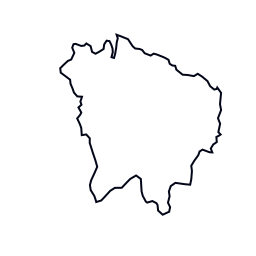 Souni Zanakia, Limassol, Cyprus, rotated 25°
{"feature_id": "46923920B21647228964457", "entity_name": "Souni Zanakia", "entity_type": "district", "adm_level": 2, "iso_a3": "CYP", "parent_name": "Cyprus", "parent_adm1": "Limassol", "projection": "mercator", "projection_center": [32.882, 34.731], "detail": "fine", "context": "isolated", "style": "outline", "palette": "ink", "viewbox_px": 256, "rotation_deg": 25, "n_neighbors": 0, "source": "geoboundaries", "source_scale": "gbopen_adm2", "svg_char_len": 1704}
<svg xmlns="http://www.w3.org/2000/svg" viewBox="0 0 256 256"><g transform="rotate(25 128 128)"><path d="M130.5,208.5L134.4,205.0L136.2,199.6L138.4,192.5L141.4,187.8L147.6,184.8L150.0,177.6L151.6,173.1L155.4,167.6L161.2,168.8L167.1,179.7L170.1,183.3L175.2,187.1L176.9,187.5L181.0,183.9L185.5,184.1L187.3,185.3L190.2,190.1L196.1,191.9L200.7,186.5L199.6,181.9L195.8,178.8L194.5,172.2L191.9,168.3L191.3,162.6L194.1,157.7L202.7,155.1L208.3,153.1L207.0,147.7L205.1,142.6L204.1,139.9L201.3,135.5L201.9,129.7L203.2,122.9L202.8,119.0L204.7,116.1L212.2,115.5L214.7,114.5L211.7,111.6L212.2,107.0L214.4,103.2L211.9,98.8L213.8,96.3L214.7,94.8L211.6,93.5L209.7,85.2L205.4,81.1L204.8,72.4L201.3,67.5L197.5,56.8L191.8,53.6L191.9,55.1L189.9,56.7L184.8,55.4L180.2,51.9L173.4,50.1L168.3,49.4L165.8,53.1L159.5,54.8L155.0,56.6L147.2,54.7L144.5,51.7L141.7,52.6L138.7,52.2L135.9,49.1L132.2,48.8L130.3,48.8L123.1,49.2L119.8,49.8L117.9,52.8L111.5,53.2L107.9,51.3L105.1,51.5L100.9,52.9L97.6,51.9L90.5,47.5L83.0,47.9L78.3,48.3L80.8,51.0L81.6,55.2L83.5,60.6L85.1,66.6L85.7,70.4L83.1,70.8L82.2,65.8L80.4,62.5L77.3,59.3L74.5,57.1L71.7,57.9L71.1,62.4L72.5,66.7L69.6,71.2L67.2,74.4L63.3,74.2L59.5,69.6L54.5,69.0L53.6,71.7L50.9,73.4L44.9,73.9L43.2,75.1L43.5,78.8L47.6,82.6L47.6,89.9L45.1,92.7L43.0,97.9L41.3,102.5L43.7,106.3L49.6,107.5L55.1,108.7L57.3,112.3L61.0,115.6L64.0,118.7L68.7,120.8L73.1,119.1L73.7,124.2L76.0,126.6L74.4,130.3L79.1,133.7L79.1,136.1L78.4,139.0L77.9,140.8L82.8,144.9L85.6,147.7L89.1,154.0L92.9,151.5L97.7,153.5L99.6,157.7L106.5,165.2L112.4,171.4L116.5,176.2L116.7,183.5L116.7,190.8L117.6,195.8L120.5,200.1L121.6,200.8L126.3,203.9L129.6,207.4L130.5,208.5Z" fill="none" stroke="#020617" stroke-width="2"/></g></svg>